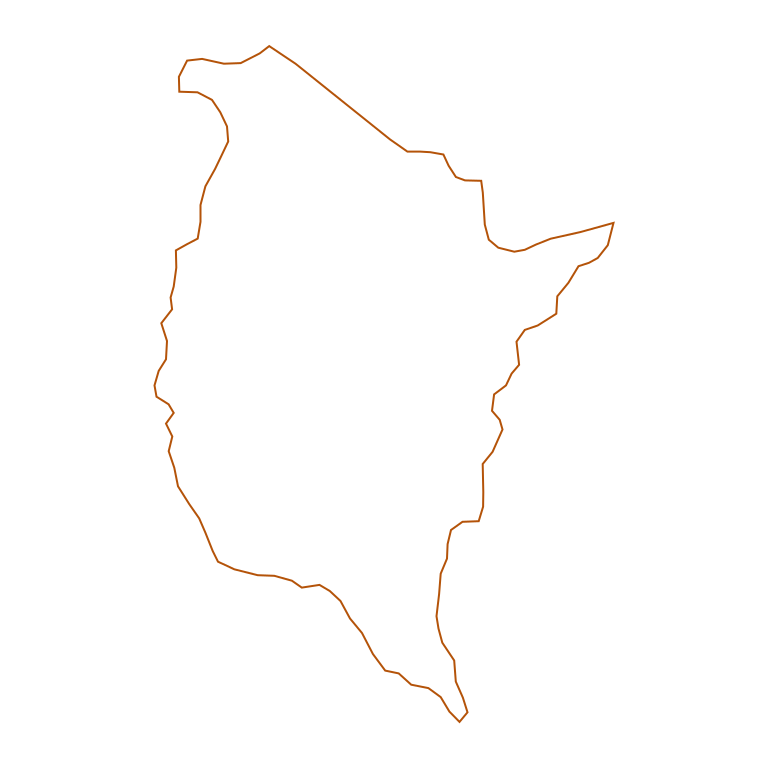 Santa Rosa de Goiás, Goiás, Brazil
{"feature_id": "56859067B49023245121692", "entity_name": "Santa Rosa de Goiás", "entity_type": "district", "adm_level": 2, "iso_a3": "BRA", "parent_name": "Brazil", "parent_adm1": "Goiás", "projection": "albers", "projection_center": [-49.481, -16.071], "detail": "fine", "context": "isolated", "style": "outline", "palette": "amber", "viewbox_px": 768, "rotation_deg": 0, "n_neighbors": 0, "source": "geoboundaries", "source_scale": "gbopen_adm2", "svg_char_len": 1520}
<svg xmlns="http://www.w3.org/2000/svg" viewBox="0 0 768 768"><path d="M467.5,712.3L462.9,697.7L455.8,681.6L454.2,660.5L442.3,642.7L438.5,628.6L436.5,616.2L439.1,594.1L440.7,573.7L447.0,558.6L447.6,544.1L451.0,530.0L462.5,521.8L478.7,521.2L483.1,506.7L483.3,492.2L482.7,464.0L492.6,451.8L502.5,429.5L499.7,419.8L492.0,410.8L494.1,394.4L506.0,385.4L511.6,373.6L519.1,364.8L516.5,341.7L524.8,329.9L537.7,325.5L556.3,313.7L557.3,296.3L568.4,282.8L578.5,266.2L589.0,262.8L597.7,258.0L607.8,245.2L613.5,222.9L580.2,232.1L550.7,238.7L536.1,244.5L524.8,249.8L514.3,251.7L498.3,247.7L488.8,239.7L484.8,224.6L482.8,192.6L481.2,180.8L465.0,180.4L455.9,177.0L448.6,165.7L443.4,154.5L430.3,152.2L420.1,151.6L407.4,151.6L390.0,139.4L295.5,63.7L269.2,46.1L259.7,53.4L240.7,63.1L223.9,63.7L202.1,58.9L187.1,60.6L178.9,76.8L179.3,91.7L197.5,92.3L212.0,99.9L220.3,112.3L227.0,126.4L228.2,141.5L221.3,156.0L215.1,168.9L205.4,186.3L200.5,205.0L200.5,221.8L197.7,238.6L187.2,244.1L175.9,250.4L176.3,267.7L173.7,286.6L170.6,297.5L172.1,309.3L161.3,323.2L167.0,341.0L166.0,359.3L158.7,370.9L154.5,385.4L156.5,396.7L168.6,404.3L173.7,412.9L166.0,423.6L172.3,436.5L168.7,451.2L174.3,467.8L178.0,486.3L189.3,504.2L199.2,518.4L205.4,532.7L212.7,551.0L218.0,561.7L234.3,569.3L257.7,575.2L274.3,575.8L291.9,580.7L301.8,587.6L319.5,584.9L329.8,591.0L340.5,601.0L350.0,618.5L362.0,633.0L372.9,654.0L385.2,670.6L398.7,673.4L411.2,684.7L428.4,688.1L440.7,697.1L449.4,711.6L459.5,721.9L467.5,712.3Z" fill="none" stroke="#b45309" stroke-width="2"/></svg>